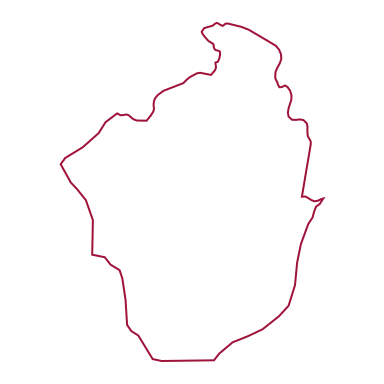 map outline of Siguiri (Natural Earth projection)
{"feature_id": "GIN-5657", "entity_name": "Siguiri", "entity_type": "Prefecture", "adm_level": 1, "iso_a3": "GIN", "parent_name": "Guinea", "parent_adm1": "", "projection": "natural_earth1", "projection_center": [-9.321, 11.681], "detail": "fine", "context": "isolated", "style": "outline", "palette": "rose", "viewbox_px": 384, "rotation_deg": 0, "n_neighbors": 0, "source": "natural_earth", "source_scale": "10m", "svg_char_len": 1667}
<svg xmlns="http://www.w3.org/2000/svg" viewBox="0 0 384 384"><path d="M216.8,23.0L217.8,23.2L220.2,24.8L222.7,25.9L224.0,25.0L225.4,23.7L227.7,23.5L241.2,26.8L248.7,29.7L269.9,42.2L275.9,45.8L279.1,49.7L281.0,54.3L281.3,58.9L279.7,63.5L277.4,67.6L275.5,72.0L275.2,77.4L275.8,79.5L277.5,82.8L278.1,84.8L279.4,87.2L281.6,87.1L285.1,85.5L287.7,87.2L290.1,90.8L291.5,95.4L291.3,100.0L288.6,108.2L287.9,112.7L288.6,116.6L291.9,119.7L295.8,119.9L299.8,119.4L303.5,120.1L306.8,123.4L307.5,126.9L307.4,130.8L307.6,135.2L308.5,137.5L309.7,139.4L310.7,141.5L310.8,143.9L301.9,196.7L305.2,196.5L308.2,198.0L311.2,200.0L314.3,201.3L318.0,200.7L320.9,199.2L323.3,198.5L319.7,204.0L316.1,206.6L314.1,211.7L312.6,217.4L308.3,223.9L300.9,244.1L297.1,262.8L295.0,285.2L288.6,305.7L279.0,316.2L262.5,329.3L248.1,336.1L232.6,342.3L219.3,353.5L214.0,360.3L161.7,361.0L152.7,359.1L144.7,346.0L138.3,335.5L131.3,331.1L127.1,324.9L125.5,299.4L122.3,278.3L119.6,270.2L110.6,264.7L104.7,257.2L92.2,254.7L92.9,220.1L85.9,200.2L77.1,189.2L70.8,182.5L60.7,164.3L62.1,162.1L63.7,160.2L65.0,158.1L82.8,147.2L98.6,133.2L105.6,122.1L117.2,113.4L120.4,115.2L122.1,115.2L125.8,114.6L127.0,114.6L128.9,115.4L131.8,118.0L133.6,119.3L136.8,120.5L146.6,120.7L150.9,115.4L153.1,111.9L154.0,109.3L153.6,105.0L153.9,101.4L155.1,98.3L157.8,95.0L163.5,90.8L183.4,83.1L186.9,79.5L189.8,77.2L197.0,73.3L200.1,72.8L211.0,74.9L215.1,70.1L216.0,67.5L215.4,62.6L217.8,61.8L219.3,58.5L220.1,54.6L220.0,52.0L219.0,50.9L216.0,50.2L214.7,49.3L213.8,47.3L213.7,45.5L213.3,44.0L208.4,40.9L205.2,37.4L202.6,33.9L201.7,31.8L204.2,28.1L212.6,25.7L215.6,23.3L216.8,23.0Z" fill="none" stroke="#9f1239" stroke-width="2"/></svg>